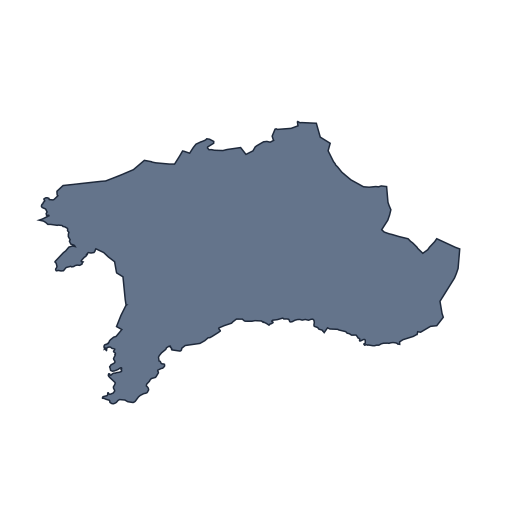 outline of Konstantinovas pag., Dagdas, Latvia, rotated 343°
{"feature_id": "27541924B71818546023925", "entity_name": "Konstantinovas pag.", "entity_type": "district", "adm_level": 2, "iso_a3": "LVA", "parent_name": "Latvia", "parent_adm1": "Dagdas", "projection": "natural_earth1", "projection_center": [27.393, 56.066], "detail": "fine", "context": "isolated", "style": "filled", "palette": "slate", "viewbox_px": 512, "rotation_deg": 343, "n_neighbors": 0, "source": "geoboundaries", "source_scale": "gbopen_adm2", "svg_char_len": 5946}
<svg xmlns="http://www.w3.org/2000/svg" viewBox="0 0 512 512"><g transform="rotate(343 256 256)"><path d="M65.2,213.3L67.6,213.8L70.9,211.6L71.4,211.5L75.8,211.7L76.5,212.5L78.5,212.8L80.3,212.3L82.3,212.4L84.7,213.4L87.2,212.9L87.6,212.1L88.9,211.1L87.7,210.5L87.3,209.7L88.9,208.5L91.7,206.9L92.9,206.7L94.9,205.3L94.5,205.0L96.6,203.7L99.1,204.9L102.0,205.3L103.2,204.5L104.6,202.6L105.0,202.3L111.4,208.2L114.5,213.7L119.1,220.1L117.8,230.7L117.9,231.6L122.7,237.0L118.2,259.4L117.4,264.8L117.9,265.0L117.1,265.3L109.5,273.3L102.0,282.7L106.2,287.1L98.7,292.0L96.1,292.0L94.2,292.8L92.4,293.5L90.9,294.5L90.3,295.4L89.4,295.9L89.2,296.5L88.2,296.3L87.4,296.9L86.7,296.6L85.5,296.7L84.8,297.1L84.2,298.0L84.0,299.0L84.9,299.9L84.5,300.3L83.9,300.4L83.7,300.8L84.2,300.7L84.8,300.9L85.1,302.4L85.3,302.7L85.5,302.6L86.2,300.7L86.6,300.3L87.9,300.0L89.5,300.3L90.3,300.7L91.3,302.3L93.0,303.1L93.7,303.8L93.2,304.5L91.9,305.4L92.0,306.3L92.9,307.3L93.0,308.4L92.4,308.8L92.6,309.0L92.5,309.5L89.8,312.4L89.7,313.4L90.3,315.2L90.0,316.3L89.7,316.7L88.5,317.1L85.4,317.7L84.6,318.6L83.8,318.9L83.6,319.3L83.7,321.0L83.5,322.6L83.7,323.1L85.0,324.2L87.1,324.5L90.7,324.2L93.7,323.3L94.5,323.5L94.7,323.9L94.2,324.3L94.4,324.8L93.7,325.2L94.0,326.3L93.9,326.7L93.3,327.1L91.1,327.2L88.3,326.7L87.2,327.0L86.1,326.5L85.3,326.5L84.3,326.7L82.2,327.6L81.5,327.0L81.6,326.0L80.9,325.6L80.6,325.7L79.9,326.8L79.9,327.7L80.5,329.2L84.2,335.7L84.3,336.3L83.0,338.0L81.5,339.3L81.2,340.0L81.1,341.0L81.5,342.8L81.4,343.8L79.4,345.3L76.2,345.6L75.4,345.4L75.0,344.8L74.8,343.7L74.5,343.5L74.1,343.7L73.7,345.2L72.7,346.0L68.7,345.8L68.3,346.0L68.1,346.6L67.6,346.9L67.7,347.2L69.0,347.7L70.7,349.2L73.5,351.0L73.8,352.0L73.5,353.0L73.8,353.7L75.0,355.0L76.3,355.6L77.8,355.6L79.6,355.2L81.8,353.8L83.6,353.4L88.5,355.4L90.7,357.8L95.6,360.2L97.1,360.0L98.1,359.6L102.4,356.4L104.5,355.5L108.4,354.8L110.3,355.0L111.6,354.9L112.3,354.5L114.1,352.7L114.3,352.2L114.3,350.6L113.7,349.1L113.2,348.5L113.4,347.5L114.1,346.5L117.5,344.6L118.0,343.9L120.1,342.6L124.4,342.7L125.4,342.0L128.5,339.2L128.7,338.4L128.3,337.2L128.7,336.5L132.2,335.9L134.0,336.0L135.7,335.1L136.5,334.4L136.8,332.8L136.2,332.3L134.7,331.7L133.9,330.9L133.6,328.8L132.6,328.0L133.2,324.2L134.5,322.9L137.3,321.0L142.0,319.1L142.9,318.5L143.4,317.7L144.2,317.4L146.3,316.9L147.7,317.1L147.8,317.5L147.4,317.9L147.4,318.3L147.9,319.1L148.2,319.3L148.3,320.3L147.9,320.8L148.1,321.2L155.3,324.6L156.2,324.7L157.2,324.1L158.1,322.5L162.1,320.9L176.8,323.2L182.3,322.0L186.3,320.2L188.0,320.6L190.4,320.1L197.8,318.1L199.9,317.3L200.0,316.8L199.1,314.6L199.6,313.9L205.4,313.3L213.0,313.1L214.6,312.2L218.8,310.6L224.5,312.4L225.8,314.5L226.6,315.2L233.0,317.2L236.1,317.5L242.2,319.7L243.4,321.5L244.3,321.9L244.3,321.7L246.3,323.6L248.2,325.9L248.6,325.8L249.4,325.2L251.1,325.2L252.8,324.7L252.8,324.0L252.0,323.2L252.0,322.9L253.2,322.3L257.8,323.1L263.2,323.2L263.8,323.6L264.2,324.4L266.8,325.1L268.7,326.0L268.9,326.4L269.1,328.5L269.4,329.0L269.9,329.2L271.4,329.4L274.5,328.8L277.1,328.9L279.4,329.5L281.4,330.8L284.6,331.1L287.5,332.8L290.1,332.6L291.8,333.0L292.4,333.9L292.6,334.6L292.3,336.7L291.4,338.5L291.1,339.6L291.2,340.3L294.0,342.4L294.8,344.4L297.3,346.0L297.9,346.8L297.9,347.4L298.3,347.9L298.8,349.2L303.4,345.6L305.3,347.4L312.4,349.9L313.2,350.4L313.5,350.9L319.6,354.5L320.4,355.9L320.5,356.4L322.6,357.6L324.2,359.6L328.4,360.8L328.7,361.1L329.3,362.8L329.6,364.2L330.3,364.7L331.0,365.9L330.3,367.0L330.4,367.6L331.2,367.8L334.1,367.3L335.1,367.4L335.7,367.8L335.8,368.7L335.0,371.3L333.4,371.7L333.4,372.1L333.9,373.1L335.7,373.1L336.9,374.0L337.4,373.9L341.6,376.0L343.2,376.5L345.1,376.5L347.5,377.2L350.1,376.6L352.4,376.7L356.4,377.8L357.6,378.4L359.5,378.4L361.7,378.8L364.2,379.9L365.5,380.9L365.7,381.6L367.6,382.5L368.2,380.1L372.1,379.0L382.9,378.9L386.6,378.1L387.1,378.2L388.5,375.7L391.1,377.0L402.3,374.3L408.5,375.5L416.7,369.7L417.2,369.3L417.1,365.4L418.7,353.1L439.4,335.1L442.5,331.3L445.6,327.0L452.9,308.8L449.2,306.0L433.9,292.3L431.0,294.6L424.5,298.3L422.1,300.2L416.3,302.2L412.8,295.9L412.6,294.8L410.7,291.2L409.6,289.2L408.1,287.2L406.5,284.0L398.4,279.2L392.4,275.2L389.8,273.7L385.6,270.6L383.9,267.6L392.5,260.3L395.7,255.9L398.5,251.2L398.0,246.6L397.9,243.2L401.2,227.8L396.2,225.6L393.4,225.7L390.9,224.6L384.3,223.3L379.0,221.2L369.0,210.9L362.6,201.0L360.0,194.5L358.8,192.4L358.6,190.8L357.7,188.4L355.7,176.5L359.9,169.9L352.2,161.1L352.5,146.7L338.8,141.8L337.0,141.4L335.3,139.6L334.8,139.9L334.2,143.8L326.9,144.2L313.5,141.2L312.5,140.3L311.3,140.3L306.5,146.1L306.5,149.3L306.7,150.6L302.8,151.3L299.9,149.6L296.6,149.0L289.3,150.7L287.2,151.4L283.8,154.6L276.1,155.9L273.0,147.8L259.4,145.7L255.2,145.5L247.1,142.7L244.6,141.3L242.1,140.6L241.2,138.5L241.6,137.6L248.5,135.8L249.1,134.1L245.8,130.8L243.2,129.5L241.9,130.2L240.5,130.5L237.0,130.8L236.9,130.7L231.3,131.5L227.8,133.9L222.6,138.3L217.8,134.8L216.5,134.1L212.3,138.0L205.0,144.3L199.9,142.7L187.4,137.6L183.9,135.7L183.7,135.3L177.2,131.9L164.0,137.6L149.8,139.1L134.1,140.3L129.7,139.3L92.1,132.2L84.7,135.8L84.4,136.4L83.8,139.0L83.8,139.9L84.1,140.5L79.4,142.9L78.2,143.0L74.8,141.6L74.8,140.3L73.6,139.4L72.6,139.0L71.6,138.9L69.8,139.5L69.9,141.1L70.1,141.5L69.7,141.9L68.3,142.5L67.5,143.7L66.5,144.0L65.7,144.9L65.3,145.9L65.7,147.1L68.5,149.5L68.8,150.7L68.7,150.8L69.1,152.8L67.7,154.1L67.6,155.9L69.7,156.4L69.8,157.0L62.4,158.2L59.1,158.3L63.0,160.5L64.7,162.4L66.2,164.9L69.0,165.8L75.0,168.6L75.9,168.6L79.2,170.0L79.7,170.4L80.0,171.3L81.7,172.2L83.8,174.5L83.7,175.4L83.2,176.5L83.3,177.1L84.0,178.6L82.9,180.3L82.2,182.6L83.0,186.1L81.9,187.3L82.4,190.5L84.9,192.2L85.5,193.0L85.8,194.1L84.1,193.1L83.1,192.8L79.6,192.8L75.5,195.5L72.8,196.5L62.3,202.5L62.0,202.9L62.8,204.6L62.6,207.9L61.7,209.0L60.7,209.8L60.4,210.5L60.5,211.2L60.6,211.6L61.0,211.9L62.7,212.0L65.2,213.3Z" fill="#64748b" stroke="#1e293b" stroke-width="1.5"/></g></svg>